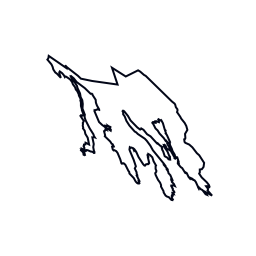 the district of Berg nor, Troms, Norway, rotated 227°
{"feature_id": "86288312B25142202859534", "entity_name": "Berg nor", "entity_type": "district", "adm_level": 2, "iso_a3": "NOR", "parent_name": "Norway", "parent_adm1": "Troms", "projection": "equal_earth", "projection_center": [17.457, 69.45], "detail": "fine", "context": "isolated", "style": "outline", "palette": "ink", "viewbox_px": 256, "rotation_deg": 227, "n_neighbors": 0, "source": "geoboundaries", "source_scale": "gbopen_adm2", "svg_char_len": 5839}
<svg xmlns="http://www.w3.org/2000/svg" viewBox="0 0 256 256"><g transform="rotate(227 128 128)"><path d="M138.8,77.3L138.2,77.5L138.3,77.7L137.8,78.2L141.1,80.1L140.0,81.5L140.4,81.9L140.4,82.4L139.2,83.4L136.2,84.7L135.4,85.4L134.1,86.0L133.0,86.0L132.7,86.4L133.3,87.1L134.7,87.6L137.7,89.5L139.6,92.0L145.4,95.5L144.9,95.9L144.9,96.7L143.8,97.3L145.4,97.6L146.9,98.4L153.8,99.7L162.4,102.2L164.7,103.2L166.5,104.5L167.0,105.4L173.3,108.0L176.4,111.3L179.5,113.5L182.8,114.4L186.0,116.5L191.6,118.3L193.6,119.4L197.9,120.2L201.2,120.3L203.3,121.1L204.5,121.1L204.8,121.3L204.4,121.5L204.5,121.8L201.3,122.2L196.7,121.8L186.7,123.6L178.5,124.0L177.8,124.9L176.9,125.0L176.3,124.6L170.7,123.6L168.4,121.8L165.6,120.6L161.3,119.6L161.2,119.4L162.0,119.3L161.4,119.1L162.6,118.3L162.7,117.5L163.1,117.0L163.3,115.8L163.8,115.6L163.3,115.0L152.1,110.9L147.7,111.2L144.1,111.9L143.9,112.2L145.2,112.9L142.7,114.8L143.0,114.9L141.1,115.3L142.1,115.3L140.7,115.8L140.5,115.5L141.3,114.8L139.8,114.5L140.2,114.4L138.3,114.2L137.8,113.5L142.6,112.3L142.3,112.0L142.9,111.4L141.9,111.1L142.7,110.9L141.7,111.0L141.4,110.8L142.1,109.9L141.7,109.2L142.0,108.3L138.2,106.3L137.8,105.4L130.2,105.8L127.7,105.3L126.6,105.7L125.6,105.4L125.8,105.3L124.9,104.7L125.2,104.6L124.7,104.6L125.0,104.2L126.2,104.4L125.1,104.1L125.2,103.6L122.6,102.2L121.4,102.2L121.1,102.9L119.1,103.6L117.0,103.4L110.4,101.0L106.6,99.1L106.2,99.1L105.9,99.5L106.3,99.6L105.1,100.8L103.0,101.0L96.2,99.0L95.2,99.0L93.7,98.0L87.5,98.1L83.6,97.1L81.7,97.1L80.5,97.5L80.1,98.0L80.7,98.3L80.2,98.8L81.6,99.5L81.1,99.8L81.2,100.1L86.8,101.8L86.5,102.1L87.3,102.7L88.6,103.1L89.8,104.1L93.8,105.4L94.6,107.6L101.0,110.5L110.3,113.9L111.3,114.4L112.7,116.2L111.9,116.4L112.0,116.6L111.2,117.3L109.9,117.8L108.9,117.9L108.7,117.5L108.4,117.4L108.9,118.1L108.3,118.2L105.2,117.8L107.7,117.3L104.8,117.7L99.6,115.9L91.3,114.4L89.5,114.4L88.9,114.7L89.1,116.6L88.1,117.7L88.2,118.1L87.7,118.4L87.9,119.6L93.1,122.6L93.0,123.2L94.5,123.5L95.1,124.1L94.8,124.6L95.2,125.1L93.2,125.7L90.0,125.8L86.2,124.0L81.4,122.9L81.3,122.2L79.3,120.3L77.4,119.6L76.7,118.8L76.4,117.1L74.8,116.2L69.6,114.6L66.2,114.2L63.6,113.2L62.7,112.2L57.6,110.9L56.5,110.1L53.0,109.4L51.4,109.7L49.5,110.7L45.8,110.7L45.0,111.3L45.3,111.7L44.3,111.9L46.4,112.3L48.4,113.5L48.7,114.0L47.9,114.4L48.2,115.0L49.9,116.0L48.7,116.5L50.0,117.0L50.0,117.4L49.5,117.4L49.5,117.7L48.7,117.7L50.0,118.4L52.2,118.5L52.8,119.3L54.2,119.5L54.5,119.9L55.7,119.9L55.9,120.4L56.3,120.5L55.2,122.1L53.7,122.7L55.8,123.4L58.6,123.3L58.9,123.5L58.5,123.7L59.0,124.0L61.5,124.3L59.4,124.6L61.6,125.2L61.8,125.5L61.3,125.6L64.6,126.8L67.3,126.8L68.8,127.7L71.1,128.1L70.9,128.4L70.3,128.3L70.3,128.6L71.0,128.9L76.8,129.1L77.4,129.5L76.8,129.8L77.6,129.9L94.7,131.0L99.9,132.3L105.8,133.0L108.7,133.0L116.9,131.1L119.3,131.0L120.8,130.5L128.8,130.7L134.3,131.7L138.7,133.5L141.3,133.8L142.8,135.2L144.0,135.5L144.1,136.1L143.6,136.5L142.5,136.6L136.9,136.2L131.7,135.0L122.1,135.2L118.6,135.8L118.3,136.8L118.6,137.4L116.1,138.1L110.5,137.7L106.5,138.8L96.8,138.7L96.3,138.9L96.4,139.3L93.4,139.4L91.7,139.9L90.7,139.8L90.5,139.1L89.6,138.9L88.9,138.2L87.0,137.8L82.3,135.6L79.2,136.6L77.5,136.3L76.4,137.0L76.6,137.4L76.4,137.5L78.0,138.7L79.1,138.9L78.4,139.0L78.6,139.2L79.4,139.1L83.8,140.8L89.3,141.6L88.7,142.3L89.5,142.7L90.8,142.4L91.0,142.5L90.5,142.8L91.7,143.0L89.7,143.4L85.0,141.8L85.9,142.3L85.1,142.9L82.0,143.7L74.6,141.9L74.2,141.4L72.6,141.8L76.1,142.6L77.7,143.8L82.2,144.2L83.6,144.8L84.4,144.7L88.7,145.7L89.9,146.1L89.9,146.5L89.0,146.3L89.9,147.1L92.3,147.2L92.1,146.8L92.7,146.7L96.2,147.3L102.4,147.3L106.0,148.0L108.9,147.8L113.7,149.2L115.2,149.3L115.4,150.1L114.5,151.3L113.3,151.3L112.9,151.8L114.1,152.5L113.7,152.8L113.8,153.2L111.2,154.6L112.4,155.7L114.4,156.2L112.2,156.6L112.0,156.9L110.4,157.2L110.5,157.5L107.7,156.8L101.8,153.8L101.0,153.8L101.1,153.5L97.8,152.0L97.9,151.8L96.2,151.6L89.2,149.2L89.3,148.9L86.9,147.1L83.0,145.9L80.6,144.8L76.7,144.0L75.5,143.3L72.8,143.0L72.5,143.1L73.2,143.2L73.4,143.6L73.0,144.0L69.1,142.2L69.4,141.8L68.2,141.3L68.8,141.0L68.2,140.3L67.3,140.1L63.5,139.9L61.7,140.3L56.1,139.2L55.9,139.3L56.8,139.7L54.9,140.2L50.9,138.9L48.5,138.8L48.6,139.2L47.6,139.6L48.3,139.9L46.8,140.5L45.3,140.4L44.5,141.0L42.3,140.8L37.9,139.3L37.0,139.4L36.8,138.8L35.6,138.5L36.0,139.1L35.8,139.2L35.2,139.0L34.8,139.5L34.0,139.4L31.9,140.1L26.6,139.6L25.5,140.1L28.7,140.9L21.2,143.4L28.1,143.6L28.5,144.6L29.0,145.1L32.2,145.4L31.6,146.2L29.3,147.2L29.5,147.6L31.2,148.3L34.5,148.6L41.6,148.2L46.1,148.9L46.6,150.3L48.7,152.2L47.5,153.9L48.0,156.7L50.6,159.9L59.5,161.5L62.6,161.2L70.0,161.9L74.1,161.5L78.1,159.8L79.3,159.9L81.4,161.4L81.1,162.3L81.5,163.1L84.8,165.7L86.1,170.1L89.7,172.0L93.1,172.9L98.5,173.3L100.7,173.9L106.2,174.7L106.9,176.0L108.0,176.9L110.6,177.2L112.8,178.4L114.0,178.7L117.5,178.2L154.1,176.5L155.8,175.9L160.8,175.4L163.3,174.7L167.2,161.5L183.0,157.4L166.9,150.0L186.9,133.8L196.2,127.2L200.3,127.0L214.1,124.8L216.7,124.8L214.3,123.7L234.8,119.2L233.3,117.3L233.0,115.7L226.7,115.4L224.2,114.6L221.7,113.3L218.3,112.7L215.9,113.1L210.5,113.1L214.1,114.7L215.6,115.7L215.9,116.7L213.0,117.2L210.5,117.1L208.5,116.6L208.7,117.2L207.6,117.8L203.2,118.8L199.9,118.5L197.5,117.5L193.9,117.1L191.8,116.1L189.5,116.0L186.1,114.9L185.2,114.2L181.4,113.1L180.7,112.0L178.8,111.0L176.2,108.6L173.1,107.0L172.5,106.4L168.5,104.8L167.8,103.7L167.9,103.3L169.4,102.4L169.4,101.8L170.1,101.6L163.2,100.4L162.5,98.3L161.7,97.9L160.5,96.4L158.8,95.5L158.4,94.8L155.6,94.5L152.8,92.8L148.4,91.9L142.5,88.3L146.2,86.9L145.1,85.6L145.9,84.5L144.8,83.4L144.9,83.1L143.1,82.5L142.1,81.4L142.6,81.2L142.5,80.8L143.3,80.5L142.8,80.4L142.6,79.8L144.2,79.0L143.8,78.8L143.7,78.4L141.9,78.6L140.2,78.3L138.8,77.3Z" fill="none" stroke="#020617" stroke-width="2"/></g></svg>